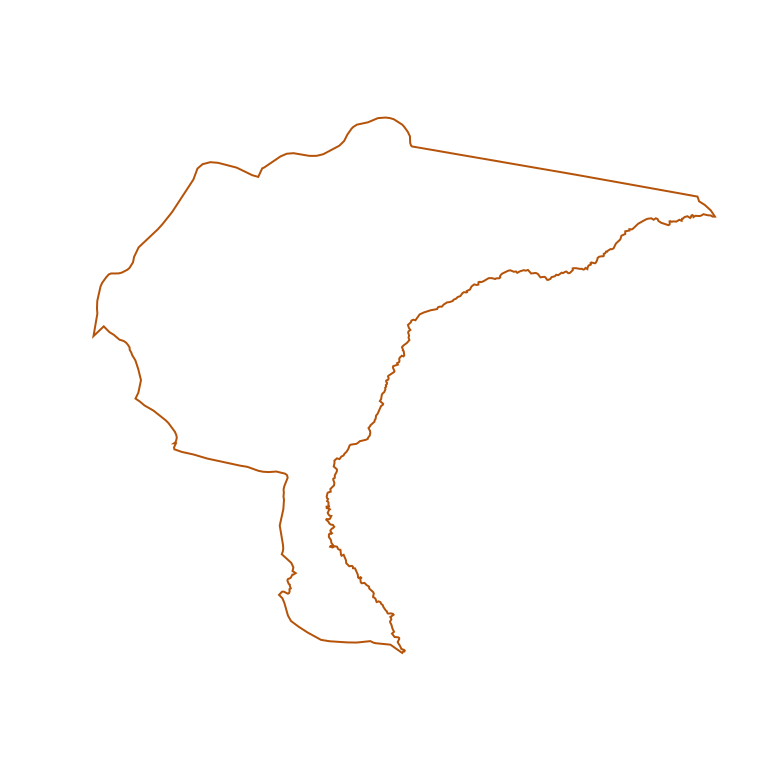 Thpong, Kâmpóng Spœ, Cambodia (Robinson projection), rotated 100°
{"feature_id": "14789045B91455576318571", "entity_name": "Thpong", "entity_type": "district", "adm_level": 2, "iso_a3": "KHM", "parent_name": "Cambodia", "parent_adm1": "Kâmpóng Spœ", "projection": "robinson", "projection_center": [104.429, 11.759], "detail": "fine", "context": "isolated", "style": "outline", "palette": "amber", "viewbox_px": 768, "rotation_deg": 100, "n_neighbors": 0, "source": "geoboundaries", "source_scale": "gbopen_adm2", "svg_char_len": 6159}
<svg xmlns="http://www.w3.org/2000/svg" viewBox="0 0 768 768"><g transform="rotate(100 384 384)"><path d="M403.6,381.4L401.5,385.1L399.4,384.2L395.3,384.3L393.6,383.8L392.0,382.4L389.2,381.7L387.4,382.2L386.2,381.4L384.7,382.0L383.6,381.2L382.3,381.2L381.4,382.2L380.2,382.4L379.0,380.6L377.6,380.4L375.8,381.4L375.1,381.1L370.4,376.1L369.5,375.9L366.3,378.1L364.8,378.0L362.5,373.7L361.2,374.7L359.8,372.9L358.4,372.8L356.7,373.4L355.2,373.0L353.1,371.4L353.4,369.6L352.4,369.0L348.2,370.3L347.7,371.3L346.8,371.3L344.6,372.7L342.9,371.7L339.5,368.5L336.3,366.6L334.1,367.9L332.0,367.7L329.0,369.2L327.8,368.9L326.2,367.4L324.7,369.0L321.7,370.7L318.6,368.3L316.8,368.0L315.6,366.3L315.8,364.1L309.3,361.0L306.7,357.3L303.2,350.7L301.0,344.7L299.1,344.2L298.1,342.5L297.8,340.5L295.4,339.0L292.7,336.1L292.0,333.8L290.4,330.8L288.9,330.1L287.4,327.8L285.6,326.6L284.2,324.1L280.9,322.5L279.7,321.2L279.5,318.7L279.0,318.1L278.0,318.6L276.1,315.8L272.7,314.7L270.3,312.5L270.4,309.9L269.7,308.3L267.3,308.6L266.7,307.3L266.9,306.3L265.7,304.1L261.6,299.3L261.0,296.3L261.3,292.7L260.5,291.9L259.8,288.7L258.7,288.0L257.8,288.5L256.1,287.8L254.7,286.7L250.7,281.1L250.1,279.2L250.9,275.7L250.3,273.4L251.4,272.1L249.3,269.5L247.6,266.0L247.8,264.2L246.7,262.0L249.6,258.3L248.3,253.8L248.8,251.7L251.8,248.5L250.6,244.8L250.9,243.6L253.1,241.4L252.9,240.3L251.6,238.4L249.6,237.5L248.3,234.5L246.5,233.3L246.6,231.5L246.1,230.8L243.5,228.4L243.7,227.0L241.8,224.7L241.6,223.8L242.9,221.8L242.7,221.0L242.1,220.0L238.9,217.8L237.4,218.3L237.1,217.6L236.6,215.1L236.6,210.9L236.2,209.1L236.7,207.6L236.2,206.5L234.7,205.7L235.5,203.7L233.1,203.6L231.7,203.0L230.6,201.1L229.8,201.0L229.1,201.6L228.3,200.9L228.5,197.2L228.0,196.6L225.1,195.6L222.8,195.5L221.4,194.4L220.3,191.6L220.3,190.5L219.6,189.8L217.6,190.2L216.8,188.8L215.0,188.3L214.9,187.2L214.2,187.0L211.8,184.4L211.8,183.2L210.6,181.5L205.4,180.0L200.6,176.4L196.7,175.9L194.4,172.5L191.7,172.9L190.2,168.9L188.9,169.2L188.7,166.9L188.2,166.1L182.0,161.5L176.8,155.1L175.5,153.1L174.4,149.5L175.4,147.0L173.6,145.1L174.0,143.3L175.8,142.0L177.1,139.0L178.2,131.5L177.6,130.6L176.8,130.4L174.2,131.0L173.9,130.0L174.3,128.7L173.7,127.7L173.3,124.3L171.0,121.7L171.6,119.2L169.6,119.3L169.1,118.0L168.2,117.8L167.2,116.6L166.1,114.3L167.3,111.3L166.3,110.7L164.6,110.5L164.1,109.7L164.4,108.9L165.9,108.2L164.3,106.6L163.8,102.4L163.1,100.9L161.3,98.9L161.6,94.6L161.3,91.5L162.1,89.4L161.7,87.2L156.3,92.3L151.9,99.3L149.4,105.4L145.0,107.8L144.6,230.0L145.2,397.7L144.4,398.8L142.0,400.1L135.5,401.5L131.5,404.4L126.9,409.1L125.4,411.1L121.6,420.2L121.1,424.3L121.3,428.6L123.2,436.1L129.1,445.3L133.3,455.7L136.4,459.1L138.2,460.3L144.8,463.4L151.5,465.4L157.1,469.4L168.3,483.8L171.0,490.0L172.3,497.1L172.4,513.2L174.1,519.7L177.8,525.4L191.6,539.6L192.8,541.4L201.9,543.8L201.2,550.2L196.5,566.7L195.0,585.8L195.7,593.5L199.0,600.8L204.2,605.1L215.7,607.2L251.4,622.5L265.0,629.9L270.9,633.6L292.1,649.4L302.3,652.2L307.7,652.3L313.9,654.8L316.0,656.5L319.8,661.5L321.2,664.6L322.5,671.9L323.8,674.0L327.1,676.1L333.3,679.1L337.2,680.1L351.9,680.8L359.3,679.8L364.5,678.5L387.3,678.4L375.9,670.0L380.6,663.4L382.5,658.6L386.3,652.2L386.8,648.0L388.0,645.3L389.3,643.6L392.0,641.0L394.6,640.3L396.8,638.4L399.3,637.0L403.8,633.0L412.2,628.5L422.4,624.0L435.2,624.4L441.5,626.2L443.7,621.3L446.7,616.2L450.2,606.5L457.6,592.8L459.8,589.6L467.4,581.6L470.5,579.6L473.1,578.7L475.9,578.9L477.8,579.3L478.9,580.5L478.6,578.6L482.9,579.8L484.7,579.1L486.0,571.3L486.5,559.3L488.1,545.3L489.4,511.4L489.3,504.2L491.3,492.5L491.4,487.9L490.8,482.4L488.9,474.8L489.5,465.7L490.7,463.6L493.1,462.6L501.7,464.4L505.2,464.6L508.3,463.8L512.5,463.4L515.3,462.4L524.7,461.4L541.5,462.1L560.1,455.5L563.8,454.6L566.7,454.6L569.4,455.1L576.2,444.3L580.3,441.4L584.1,441.6L585.6,438.1L587.5,440.2L587.6,441.1L591.2,442.3L592.8,444.7L593.7,445.0L594.7,444.8L597.4,443.1L597.9,441.9L599.2,441.7L601.5,440.3L602.5,441.5L604.9,440.9L606.3,441.2L607.2,442.2L605.9,446.6L606.2,448.3L609.9,450.8L612.7,446.8L617.1,444.0L628.7,438.4L633.6,434.4L637.9,425.8L642.0,416.1L646.9,401.6L646.8,392.9L644.9,375.6L643.4,366.1L639.6,352.8L640.6,349.3L640.7,347.1L639.6,332.4L645.7,319.4L644.2,318.7L643.9,317.5L642.9,317.3L642.4,317.9L641.9,320.9L639.2,322.7L636.6,325.1L635.7,325.7L632.3,324.7L631.4,325.1L631.0,326.0L631.3,329.7L628.4,332.8L626.3,331.1L623.2,333.3L619.6,335.0L617.9,336.4L616.7,336.8L614.7,335.9L613.3,336.4L612.4,337.3L609.6,334.5L608.8,335.3L608.7,337.5L609.4,340.1L609.0,340.8L607.3,341.8L606.7,342.9L603.7,345.9L602.0,346.8L601.0,348.6L599.5,349.6L599.0,351.5L600.0,353.4L597.0,355.1L596.0,356.6L595.9,357.6L594.5,357.9L592.3,357.6L590.9,358.4L588.0,363.0L586.1,363.6L585.0,366.3L583.3,368.6L584.1,371.4L583.4,372.4L580.1,373.5L578.9,372.7L578.3,373.5L579.5,375.2L578.8,376.0L576.3,376.7L570.6,380.5L570.8,382.6L569.2,383.0L568.7,384.0L569.5,386.6L567.0,390.1L564.3,390.8L559.2,394.1L560.5,396.0L559.6,396.7L554.9,398.1L555.0,399.2L554.5,400.5L552.4,402.0L552.3,404.2L553.9,406.2L553.6,408.8L552.8,408.5L552.5,406.9L551.5,406.2L549.8,408.1L546.7,409.3L544.3,411.7L541.9,412.1L540.8,411.6L540.8,410.1L540.0,409.3L539.2,410.4L537.6,411.4L535.5,410.3L535.1,409.5L533.3,408.2L531.7,409.8L531.6,412.2L530.8,413.6L529.3,414.8L527.7,417.3L527.0,417.1L526.7,414.8L526.1,413.8L523.1,413.0L523.1,414.8L521.3,416.8L520.3,417.1L519.4,416.6L518.0,416.5L516.8,415.5L516.2,416.9L516.2,418.8L514.8,419.3L514.4,418.5L514.7,417.7L514.2,416.8L512.1,417.9L510.8,417.9L509.8,418.5L509.2,419.7L507.0,419.1L506.2,420.3L504.8,420.9L501.3,420.7L500.5,420.2L499.3,417.8L496.7,418.6L492.5,415.6L489.9,415.7L487.3,417.3L486.1,417.5L485.0,416.2L482.3,416.6L478.6,415.3L477.1,415.3L476.0,415.8L474.0,419.2L470.6,419.0L468.0,419.5L465.4,417.4L465.7,414.8L462.9,413.4L461.4,411.4L459.5,410.8L457.4,409.2L454.3,407.9L450.5,407.2L449.5,406.2L447.8,401.0L446.7,399.6L444.6,398.0L442.1,392.2L440.9,390.5L439.5,390.3L437.3,389.1L434.3,389.0L432.5,389.7L430.1,391.6L427.9,390.3L427.2,390.3L422.7,386.8L421.0,386.9L419.9,386.2L416.4,386.3L414.4,385.1L406.3,383.1L404.6,381.5L403.6,381.4Z" fill="none" stroke="#b45309" stroke-width="2"/></g></svg>